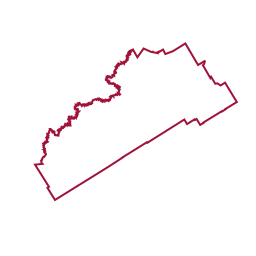 the district of Las Colonias, Santa Fe, Argentina, rotated 227°
{"feature_id": "61730980B52273662212744", "entity_name": "Las Colonias", "entity_type": "district", "adm_level": 2, "iso_a3": "ARG", "parent_name": "Argentina", "parent_adm1": "Santa Fe", "projection": "mercator", "projection_center": [-60.871, -31.246], "detail": "fine", "context": "isolated", "style": "outline", "palette": "rose", "viewbox_px": 256, "rotation_deg": 227, "n_neighbors": 0, "source": "geoboundaries", "source_scale": "gbopen_adm2", "svg_char_len": 5969}
<svg xmlns="http://www.w3.org/2000/svg" viewBox="0 0 256 256"><g transform="rotate(227 128 128)"><path d="M150.7,227.6L153.5,213.4L156.6,205.8L161.5,207.1L162.4,202.5L162.9,202.6L163.4,200.6L162.9,200.5L166.2,198.1L166.9,198.2L167.1,197.4L167.9,196.8L175.5,193.6L173.3,183.1L181.8,185.1L181.7,184.8L182.2,184.0L181.9,183.1L182.7,183.3L183.2,181.8L182.9,181.5L182.4,182.2L182.0,181.7L182.4,181.1L183.2,180.9L183.1,180.0L182.5,179.9L182.7,179.3L182.5,179.0L181.4,180.1L181.3,179.2L180.9,179.3L180.7,179.9L180.3,179.8L180.6,177.7L181.1,178.4L181.1,177.4L181.7,177.6L181.9,177.2L181.7,176.0L180.9,176.0L180.6,175.6L180.0,175.8L179.5,174.5L179.2,175.0L179.1,174.4L178.5,173.8L178.3,174.0L178.9,174.9L178.1,174.5L177.9,173.9L178.4,172.9L178.4,171.9L177.0,171.7L178.6,171.3L179.0,170.8L179.1,170.5L178.3,170.3L177.7,169.2L178.7,169.4L178.4,168.7L178.7,168.2L178.8,168.8L179.3,168.2L179.8,168.5L180.6,168.1L179.6,167.8L179.8,167.1L179.6,166.2L180.9,165.5L180.6,164.9L181.6,164.3L181.2,164.4L179.9,163.8L180.2,162.9L181.0,162.8L181.6,163.4L181.4,162.3L180.5,162.6L180.1,161.7L180.7,161.4L181.0,160.6L179.5,160.8L179.7,160.1L179.2,159.7L179.4,158.6L179.1,157.6L178.6,157.6L178.7,156.5L178.1,156.3L177.9,156.8L177.3,156.5L176.8,157.1L176.5,156.9L177.3,155.4L176.8,155.3L176.8,154.4L175.6,153.5L177.4,152.8L177.4,152.5L176.6,152.3L176.0,151.6L175.9,150.9L176.2,149.8L177.8,150.0L179.2,149.0L178.1,148.7L179.7,147.6L178.7,147.1L178.6,146.6L179.1,147.0L179.4,146.7L178.5,146.3L178.8,145.0L178.2,144.5L177.7,144.6L177.0,144.9L176.5,145.6L176.1,144.5L176.2,145.7L175.9,146.0L175.3,145.5L175.1,144.6L174.3,145.0L174.8,145.3L174.6,145.8L173.6,144.4L173.3,144.4L173.0,144.8L173.5,145.6L172.3,145.6L171.5,146.1L172.3,147.1L171.2,146.6L170.6,146.9L170.2,147.7L171.0,147.5L170.9,147.8L170.2,148.1L169.1,147.8L168.4,149.1L168.4,147.9L167.7,147.2L167.2,147.4L167.6,147.9L167.3,148.3L167.2,147.6L166.6,148.2L165.6,147.6L165.3,148.4L165.9,148.8L165.7,149.5L163.5,150.0L163.3,149.2L164.2,147.6L163.7,147.8L163.2,147.3L162.4,147.3L161.8,147.9L161.6,147.1L161.0,146.7L160.8,145.5L159.7,145.3L159.2,144.8L158.1,145.2L158.0,144.6L159.3,144.4L159.6,143.8L160.1,143.8L159.4,143.2L159.6,142.3L161.0,142.1L160.8,140.9L161.8,139.9L161.9,139.4L161.2,138.9L162.1,138.9L162.1,137.8L163.1,137.6L163.1,137.0L162.7,137.4L162.3,137.3L162.1,136.6L162.4,136.0L161.5,135.7L161.4,134.7L160.7,133.9L161.0,133.1L161.7,133.7L161.9,132.9L161.3,132.7L161.0,132.2L161.8,132.0L162.4,132.6L162.8,131.9L162.8,131.3L162.2,131.4L162.2,131.2L162.8,130.7L164.0,130.8L163.9,130.2L164.3,129.6L163.8,129.6L163.3,128.9L163.9,128.7L165.0,129.2L165.5,128.6L165.4,128.1L164.4,128.0L164.4,127.2L165.6,127.0L166.3,127.7L166.4,126.9L167.8,127.7L168.5,127.2L167.8,127.2L167.9,126.9L169.3,127.1L169.5,126.5L168.9,125.7L169.9,125.7L169.9,124.2L170.2,124.1L170.6,124.6L171.0,124.4L171.8,122.0L172.3,121.8L171.6,119.4L170.9,118.9L171.6,118.4L170.6,117.4L171.3,116.3L173.1,116.6L173.2,116.2L172.9,115.3L172.0,115.7L172.3,114.7L173.1,115.1L173.3,114.9L172.3,114.2L173.1,113.7L172.7,113.0L173.4,112.8L173.6,113.6L174.4,112.8L174.5,112.2L173.8,111.8L173.7,111.2L175.1,111.2L175.5,111.9L176.1,111.2L175.6,109.3L177.1,109.6L177.8,109.2L178.5,109.6L179.2,108.9L179.7,109.3L180.1,108.6L179.4,108.1L179.4,107.5L180.0,107.4L179.7,107.0L179.1,107.0L178.6,107.6L178.4,107.1L179.0,106.2L179.2,106.6L179.6,105.9L180.6,105.6L180.1,105.2L179.3,105.4L179.3,104.9L180.0,104.7L179.8,103.3L179.4,103.0L179.5,103.3L178.8,103.4L177.0,102.4L176.7,102.7L176.4,104.2L175.8,104.3L174.6,102.2L173.5,103.4L173.4,101.9L173.6,101.6L174.2,101.8L174.5,101.2L173.7,101.4L173.4,99.5L172.9,100.0L172.8,99.3L172.4,99.1L172.0,99.5L171.9,98.8L171.3,98.7L171.1,98.3L171.2,97.9L171.5,98.4L171.8,98.0L170.9,96.9L171.5,96.9L172.1,97.5L172.2,97.3L171.9,96.8L172.6,95.8L171.7,95.4L171.6,94.8L172.4,94.6L172.6,94.0L173.3,93.9L173.5,93.2L173.9,94.7L174.0,94.0L174.4,94.3L174.5,93.5L175.0,93.9L175.1,93.1L175.7,92.9L175.8,92.2L176.6,92.6L176.7,92.4L174.8,90.9L175.0,90.6L175.7,91.0L175.1,90.1L174.2,90.6L174.1,90.1L173.5,90.1L173.3,89.6L173.3,90.2L172.6,90.3L172.7,89.9L172.2,89.6L172.4,89.1L171.5,89.1L171.5,89.8L171.1,89.0L170.4,88.7L170.0,88.0L169.1,87.6L170.1,86.6L171.2,87.3L171.0,87.8L171.3,87.8L171.9,86.9L171.1,86.5L171.4,85.6L171.7,85.5L172.7,86.5L172.8,85.4L172.0,84.9L172.9,84.7L173.0,85.2L173.8,84.9L173.2,84.1L172.6,84.2L173.1,83.5L172.8,82.2L172.5,82.3L172.5,82.8L172.2,82.7L172.3,81.6L173.7,80.7L173.3,80.5L172.7,80.8L172.4,80.4L173.1,79.8L172.6,79.8L173.1,78.6L172.3,77.6L172.4,77.3L173.0,77.7L173.6,77.3L173.1,76.5L174.1,76.6L174.3,75.1L174.1,74.8L173.5,75.2L172.4,74.8L171.8,75.0L171.2,72.9L170.4,72.7L170.0,72.1L170.7,71.9L170.5,71.4L171.5,70.8L171.7,70.3L172.3,70.3L172.7,69.8L175.3,71.2L175.4,71.6L175.9,71.5L175.5,70.6L175.7,70.2L176.5,71.0L176.9,69.9L177.5,70.0L177.9,70.6L178.8,70.5L178.9,70.8L180.1,70.7L180.6,70.0L179.6,69.5L179.7,68.6L178.3,67.0L178.6,66.4L178.5,65.0L178.0,64.4L177.1,65.0L176.6,64.6L176.8,64.1L177.7,64.1L177.0,63.6L176.9,62.8L175.8,63.1L176.0,62.4L176.7,62.0L176.7,61.6L175.9,61.3L174.9,61.8L174.8,61.4L175.1,60.9L174.2,60.3L174.0,59.3L173.7,59.7L172.6,59.9L172.6,59.5L173.3,59.0L174.0,58.8L173.7,58.1L173.1,58.2L173.1,57.0L173.3,56.7L173.8,56.9L173.5,56.3L174.1,56.4L174.0,56.1L174.4,55.9L174.5,55.4L173.2,55.5L173.2,54.3L171.8,54.1L171.7,53.1L169.8,53.1L169.9,52.3L169.5,52.7L168.5,52.3L168.2,52.1L168.8,52.0L169.1,51.4L167.2,50.1L165.4,50.4L164.7,50.0L164.2,47.6L164.5,47.0L164.1,46.6L164.6,45.6L163.9,44.0L163.4,43.7L163.3,43.2L163.5,43.0L162.8,42.1L163.0,41.9L161.5,41.0L160.1,41.0L164.6,35.0L138.9,30.1L139.2,28.3L125.2,25.5L113.0,87.3L110.1,103.7L110.3,103.7L104.7,132.1L104.0,132.0L95.8,175.0L90.6,173.9L88.9,182.6L88.2,182.4L87.8,184.3L81.0,182.9L80.2,186.8L80.6,186.9L76.3,208.0L76.0,207.9L75.2,211.9L75.5,212.0L72.8,225.3L95.0,229.9L96.0,224.7L99.7,223.8L100.9,222.0L108.7,223.7L108.3,222.3L122.8,225.6L122.7,226.2L123.1,227.7L124.3,229.4L124.5,230.5L126.3,222.2L150.7,227.6Z" fill="none" stroke="#9f1239" stroke-width="2"/></g></svg>